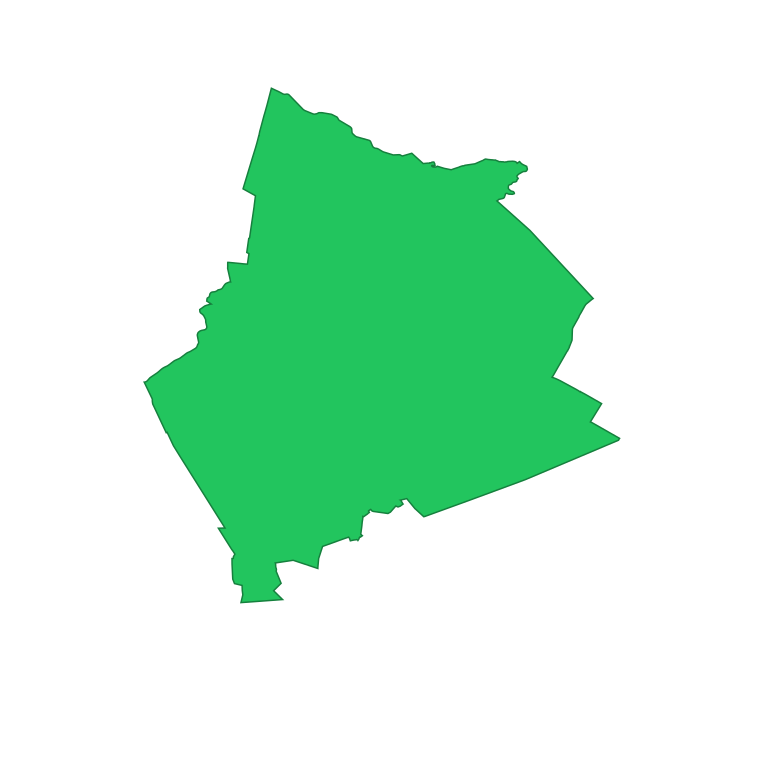 the district of Coevorden, Drenthe, Netherlands, rotated 207°
{"feature_id": "6326949B84902170380829", "entity_name": "Coevorden", "entity_type": "district", "adm_level": 2, "iso_a3": "NLD", "parent_name": "Netherlands", "parent_adm1": "Drenthe", "projection": "equal_earth", "projection_center": [6.762, 52.753], "detail": "fine", "context": "isolated", "style": "filled", "palette": "green", "viewbox_px": 768, "rotation_deg": 207, "n_neighbors": 0, "source": "geoboundaries", "source_scale": "gbopen_adm2", "svg_char_len": 6027}
<svg xmlns="http://www.w3.org/2000/svg" viewBox="0 0 768 768"><g transform="rotate(207 384 384)"><path d="M236.4,555.1L323.7,587.1L366.5,598.4L366.1,599.0L365.9,599.4L365.7,600.3L365.5,600.6L362.4,603.2L361.9,603.8L361.6,604.4L361.5,604.9L361.9,607.9L362.0,608.4L361.9,608.9L361.7,609.2L361.4,609.5L360.8,609.7L359.2,609.8L358.6,610.0L357.2,610.7L355.9,611.2L355.2,611.8L354.3,612.8L354.4,613.1L354.8,613.5L355.4,613.9L356.0,614.1L356.5,614.1L358.0,613.7L358.4,613.7L360.2,614.0L361.5,614.4L361.9,614.6L362.2,615.0L363.0,616.8L363.1,617.3L363.0,617.9L362.8,618.2L362.2,618.9L361.6,619.4L361.4,619.7L361.1,620.4L360.9,621.6L360.7,622.1L360.3,622.5L358.6,623.8L358.2,624.3L357.9,625.0L357.9,625.4L358.1,626.1L358.2,626.6L358.1,626.8L357.9,627.3L357.7,627.8L357.7,628.0L357.9,628.2L359.0,628.6L359.6,629.1L360.0,629.6L359.9,630.2L359.4,631.9L356.9,635.8L356.2,636.6L354.5,637.6L354.1,638.0L353.9,638.3L353.7,638.9L353.7,640.1L353.7,640.3L354.0,640.8L355.7,642.7L359.2,642.6L360.4,642.6L362.0,642.9L362.9,643.2L363.5,643.5L364.2,643.7L365.6,641.1L366.5,641.6L367.0,641.7L368.1,641.7L368.9,641.5L370.5,640.9L374.2,638.8L374.4,638.6L375.1,638.2L375.6,637.5L376.8,636.9L377.1,636.5L377.6,636.3L378.1,636.3L379.5,635.7L380.3,635.3L381.4,634.9L382.5,634.3L383.2,634.4L385.0,634.2L386.6,634.1L387.1,633.7L389.5,632.8L389.9,632.6L393.2,631.3L395.5,630.6L395.8,630.4L396.5,629.6L397.3,628.2L398.8,626.5L402.9,621.5L411.2,615.6L412.0,614.6L413.2,613.9L415.0,612.1L415.7,611.2L418.9,608.0L421.4,605.4L428.2,603.5L435.4,602.2L435.4,601.9L435.6,601.6L436.5,600.8L437.9,600.0L439.2,599.6L439.6,599.6L440.4,599.8L440.6,600.0L440.6,600.3L440.5,600.5L439.6,601.0L438.7,601.3L438.0,601.7L437.8,601.9L438.3,602.4L438.5,603.0L438.8,603.3L440.3,604.4L441.0,604.1L442.1,603.3L442.6,602.4L443.7,601.8L443.7,601.4L445.2,600.7L449.2,598.2L464.0,602.2L470.7,595.9L470.9,595.6L472.1,595.4L473.4,595.5L474.4,595.3L474.8,595.1L479.7,592.3L490.0,590.5L491.1,590.5L495.2,590.8L496.2,590.8L497.2,590.7L499.2,590.0L500.0,590.0L500.9,590.1L501.7,590.4L502.3,590.8L506.0,593.9L506.4,594.1L506.8,594.3L507.5,594.4L508.2,594.3L520.6,591.8L521.5,591.8L522.3,591.9L525.5,592.8L525.9,593.0L526.4,593.3L526.7,593.6L528.6,596.7L529.2,597.2L529.9,597.5L530.5,597.7L531.1,597.8L543.3,598.6L543.8,598.7L544.4,598.9L546.5,600.3L547.1,600.5L547.6,600.5L552.5,600.5L553.5,600.4L562.1,597.7L563.0,597.3L565.0,596.3L565.6,595.7L566.2,594.8L566.7,594.2L568.3,593.0L568.7,592.7L569.1,592.6L570.3,592.4L578.6,591.7L579.9,591.8L580.9,592.0L599.6,598.4L600.4,598.6L601.0,598.6L601.8,598.4L602.4,598.1L603.9,597.0L604.6,596.8L605.3,596.6L606.2,596.6L609.7,596.7L618.6,596.4L614.8,579.1L613.2,571.1L612.8,568.8L609.8,554.7L609.4,552.7L608.5,549.5L608.2,549.2L608.0,548.7L608.3,548.5L607.3,544.0L606.7,541.2L605.7,536.1L603.9,525.7L598.2,493.9L584.0,493.4L580.6,483.9L580.3,483.2L573.2,462.2L570.1,453.2L570.6,452.3L566.0,438.9L563.5,438.8L560.1,428.8L563.6,427.3L566.3,426.3L577.2,422.0L577.4,421.9L578.4,421.5L578.4,421.3L577.3,419.1L576.8,418.1L576.7,418.1L576.0,416.4L575.8,416.0L568.8,407.6L567.8,406.2L567.0,405.3L567.5,405.1L568.2,404.5L569.8,402.7L570.6,401.6L570.9,400.7L571.1,399.9L571.6,395.9L571.8,395.3L572.0,394.9L573.0,393.8L574.6,392.5L575.2,391.1L575.7,390.4L576.2,389.9L576.8,389.3L578.9,387.9L579.5,387.2L579.7,386.8L579.9,386.0L580.0,385.2L579.4,382.9L579.4,382.5L579.5,382.0L580.3,380.6L580.5,380.1L580.3,379.5L580.1,378.7L579.9,378.5L579.6,377.4L574.2,376.8L575.8,375.5L576.8,374.5L577.8,373.6L578.9,372.4L579.2,372.0L582.0,366.7L580.9,364.9L580.3,364.4L579.8,364.1L579.3,364.0L577.6,363.7L576.7,363.4L576.2,363.3L575.2,362.7L572.9,361.0L572.1,360.3L570.9,358.2L568.1,354.9L567.7,354.2L567.5,353.7L567.5,352.9L567.6,352.2L567.8,351.7L568.4,350.9L570.9,348.9L571.3,348.5L571.9,347.8L572.2,347.4L572.6,346.5L572.9,345.7L573.0,344.9L572.9,344.3L572.8,343.5L572.6,342.9L572.3,342.4L570.6,340.2L568.2,337.2L567.9,336.6L567.8,336.1L567.8,335.8L567.9,334.7L567.9,334.3L567.7,333.0L567.6,332.4L567.8,331.3L568.1,330.3L571.1,325.5L571.9,324.4L573.1,323.0L573.8,322.0L577.0,315.4L577.5,314.5L578.0,313.7L580.8,310.3L581.5,309.3L584.7,302.7L585.3,301.7L587.2,299.3L588.3,297.6L589.0,296.2L590.6,292.2L591.3,290.7L594.9,284.2L595.4,283.2L596.3,279.7L596.6,278.8L597.0,278.1L598.0,277.1L598.5,276.8L583.6,265.4L582.7,263.6L581.9,262.4L581.0,261.2L555.9,241.7L555.3,242.5L543.6,233.4L532.9,226.9L460.3,183.5L466.1,180.3L444.5,167.4L443.0,166.7L439.6,164.7L439.8,161.9L439.1,160.2L440.2,159.5L437.6,154.5L430.2,141.5L426.6,138.3L419.0,140.1L416.5,135.6L414.1,132.1L412.2,124.3L399.1,132.2L376.5,145.9L388.5,149.7L385.2,159.7L395.2,168.3L395.4,169.3L395.7,170.0L396.1,170.5L397.3,171.7L398.8,174.3L399.3,175.0L399.6,175.2L384.9,185.7L359.2,189.6L359.7,190.6L363.0,198.9L365.0,211.4L349.5,227.9L346.0,231.5L345.0,231.0L344.5,230.7L342.8,229.0L339.9,231.4L339.4,231.7L337.9,232.7L337.7,233.0L336.5,233.0L336.2,232.8L336.0,234.7L336.2,235.5L335.9,236.9L335.7,237.0L335.4,237.0L334.4,239.0L336.5,239.6L338.8,246.1L339.5,248.0L340.7,251.0L341.6,253.8L342.4,255.8L342.7,256.4L341.9,256.5L341.5,257.3L339.7,260.7L339.4,261.7L338.7,262.9L338.7,263.0L340.0,263.6L340.2,263.8L340.1,264.2L339.4,265.4L339.3,265.7L339.0,265.7L338.8,266.2L337.0,265.4L335.7,265.6L321.7,270.4L320.1,272.8L319.9,273.6L318.1,280.6L315.7,280.8L314.1,282.5L312.5,285.7L312.8,285.8L316.3,288.1L316.5,288.1L311.7,292.2L299.6,286.9L298.9,286.8L288.3,283.8L287.4,284.6L256.1,318.1L214.8,362.8L149.5,440.4L149.6,440.7L149.4,442.5L181.4,444.0L182.9,443.9L181.2,465.3L200.0,466.2L204.5,466.3L205.7,466.4L205.7,466.0L207.7,466.3L209.3,466.4L227.6,466.9L230.2,466.9L232.7,466.8L235.1,466.6L237.3,466.3L237.3,466.9L237.2,467.2L237.0,469.3L236.6,478.5L236.3,484.0L235.7,496.5L235.5,496.9L235.6,497.0L235.5,498.5L235.5,500.3L235.6,501.1L235.8,501.6L235.7,501.6L236.2,506.9L236.3,507.9L236.4,508.5L240.8,517.9L241.1,518.7L241.3,519.9L240.8,532.4L241.0,533.1L241.0,533.9L240.9,535.8L240.8,536.8L240.5,545.0L240.4,545.5L240.3,546.4L240.0,547.3L237.0,554.1L236.4,555.1Z" fill="#22c55e" stroke="#15803d" stroke-width="1.5"/></g></svg>